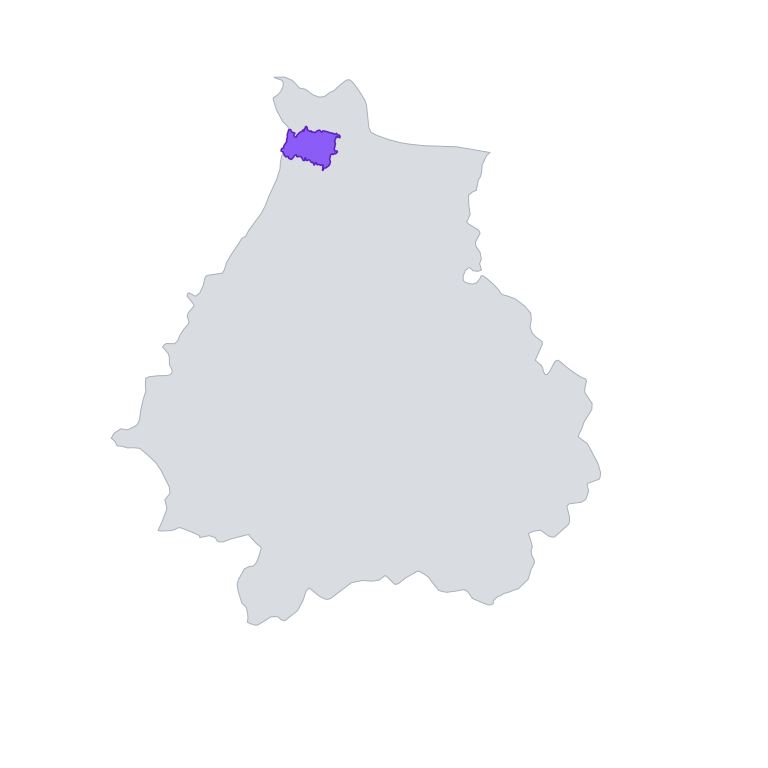 location of Kobryn, Brest, Belarus, rotated 111°
{"feature_id": "67162791B1192676397695", "entity_name": "Kobryn", "entity_type": "district", "adm_level": 2, "iso_a3": "BLR", "parent_name": "Belarus", "parent_adm1": "Brest", "projection": "mercator", "projection_center": [24.483, 52.154], "detail": "fine", "context": "in_parent", "style": "filled", "palette": "violet", "viewbox_px": 768, "rotation_deg": 111, "n_neighbors": 0, "source": "geoboundaries", "source_scale": "gbopen_adm2", "svg_char_len": 9437}
<svg xmlns="http://www.w3.org/2000/svg" viewBox="0 0 768 768"><g transform="rotate(111 384 384)"><path d="M601.7,542.4L590.9,541.8L577.9,542.0L570.6,547.1L562.7,544.6L557.1,547.5L544.3,561.5L539.2,568.9L534.5,580.5L531.6,589.0L533.2,594.9L535.5,600.4L536.1,606.4L537.3,611.0L534.1,614.4L532.3,619.2L526.8,618.4L520.2,613.7L518.8,607.0L513.7,602.3L510.4,599.8L504.9,599.4L496.0,601.6L484.5,603.3L475.8,603.8L471.0,606.2L464.0,608.5L461.3,605.7L457.4,598.1L454.2,590.4L452.0,587.0L450.1,586.1L447.7,586.3L445.0,588.7L443.0,591.2L435.7,594.1L432.5,596.8L428.9,603.9L426.6,603.4L424.2,601.8L421.4,593.9L417.6,592.1L411.5,592.0L403.9,590.3L397.7,587.9L395.5,588.5L391.8,591.8L387.9,592.3L379.2,589.3L377.5,590.7L372.5,599.4L370.2,599.8L368.8,598.7L369.6,591.2L364.6,588.5L356.1,588.1L350.1,589.2L347.2,588.9L345.7,587.4L338.4,574.7L334.5,573.9L327.6,574.5L317.4,572.9L305.6,570.1L299.1,569.0L295.8,566.2L288.5,565.2L269.0,559.8L261.1,558.8L249.4,558.7L231.5,557.5L220.1,558.2L214.8,560.0L208.7,561.1L187.6,562.6L180.0,564.0L177.8,566.7L175.3,572.6L166.6,582.7L158.1,589.4L156.6,590.0L151.6,586.4L147.5,585.2L142.6,584.8L139.2,586.0L137.0,587.7L137.3,595.5L136.9,596.2L133.1,586.9L133.4,578.5L135.5,573.7L138.0,569.4L137.0,562.9L139.5,554.3L139.5,548.0L138.5,545.3L136.4,542.2L130.9,538.8L128.5,536.1L121.0,532.4L113.6,527.9L112.3,525.2L112.7,523.3L114.0,520.4L119.6,511.9L125.8,503.7L129.7,500.4L150.5,489.8L153.7,486.1L154.5,479.9L154.2,467.2L152.9,455.6L151.3,447.5L147.3,432.4L136.5,401.0L130.0,368.2L134.2,370.1L144.2,370.9L152.1,368.6L156.2,368.3L159.8,369.0L170.2,367.2L172.8,370.1L177.5,372.7L186.6,369.0L194.7,364.3L203.1,364.8L204.3,362.5L206.4,350.8L208.9,348.3L219.0,349.5L222.7,347.3L226.6,341.5L232.5,337.9L237.4,337.9L242.6,333.9L245.1,336.6L246.4,341.5L244.7,345.3L245.4,346.9L249.0,348.8L255.1,348.7L259.0,347.1L259.9,344.9L259.9,340.9L259.0,337.1L256.4,333.9L251.5,332.2L248.1,332.1L247.5,330.1L248.7,325.7L251.7,317.5L255.4,310.1L257.6,307.3L258.0,304.7L257.6,300.2L257.5,292.2L260.8,280.8L265.3,272.3L271.3,269.5L278.6,268.0L283.3,263.9L285.6,259.2L287.6,251.9L289.9,250.4L307.6,251.3L310.3,243.9L311.8,241.8L315.2,239.7L317.5,237.0L316.6,235.0L312.1,233.7L301.5,232.5L299.4,230.1L300.1,227.1L302.9,219.5L305.6,209.6L307.0,201.9L307.1,197.4L308.6,196.1L317.3,194.7L320.2,193.2L327.6,182.7L333.3,180.9L347.9,183.6L354.6,183.4L363.1,184.1L363.9,183.0L366.9,172.6L381.4,155.9L389.1,150.0L394.0,148.8L395.7,149.0L403.5,157.9L405.3,158.3L410.5,154.6L419.4,154.3L423.6,157.3L429.5,168.2L432.6,169.5L441.3,163.4L446.1,161.4L449.2,161.5L465.6,169.9L466.8,172.6L466.9,175.7L464.4,185.5L467.8,191.6L471.7,195.6L480.1,188.9L483.3,187.0L486.6,187.0L491.2,184.5L494.5,180.7L497.6,179.4L503.7,180.3L514.5,179.4L527.2,185.3L528.3,187.1L534.7,194.1L536.9,197.5L539.0,198.6L542.3,202.0L546.9,204.1L550.0,203.4L551.5,204.6L552.9,207.2L553.0,211.7L552.5,224.6L548.0,231.3L547.4,233.6L547.6,236.5L551.2,242.0L555.9,250.6L556.9,255.5L556.9,259.2L550.6,270.1L548.5,272.7L547.1,278.0L546.3,283.5L546.7,285.7L557.3,294.3L565.1,299.0L566.9,301.3L567.0,302.7L562.9,311.9L562.5,314.4L568.7,318.2L572.2,324.2L575.3,334.0L581.2,343.3L603.3,356.9L605.3,359.4L605.9,362.3L605.2,368.7L601.2,380.7L605.0,382.5L614.7,382.0L626.6,383.5L640.8,392.0L640.9,395.8L639.4,399.3L640.4,403.0L641.9,406.1L654.3,415.5L655.4,418.3L655.7,422.9L655.3,426.2L651.9,426.9L648.1,428.5L641.9,432.5L639.5,438.2L629.5,446.0L623.3,449.5L618.3,449.7L606.6,448.1L602.5,444.2L600.8,440.7L596.3,439.1L590.3,439.0L582.0,439.6L580.3,440.6L579.0,445.0L575.5,452.4L573.0,456.6L583.4,471.2L588.7,477.2L590.4,480.9L590.3,483.5L587.8,486.6L588.2,492.8L593.3,500.9L591.6,502.2L591.1,512.2L591.1,522.8L592.5,525.3L595.2,527.4L597.6,531.3L601.4,540.1L601.7,542.4Z" fill="#d9dde1" stroke="#a8b0b8" stroke-width="1"/><path d="M199.0,513.4L198.7,513.5L198.0,513.4L197.4,513.4L196.8,513.5L196.3,513.6L195.7,513.7L195.2,514.0L194.7,514.4L194.4,514.7L194.2,515.0L193.7,515.3L193.0,515.4L192.6,515.5L191.9,515.7L191.5,515.6L191.0,515.6L190.5,515.7L190.0,515.9L189.8,516.0L189.2,516.0L188.9,515.7L188.5,515.4L188.0,515.2L187.9,515.0L187.8,514.8L187.9,514.6L188.0,514.4L188.0,514.2L188.0,513.8L187.8,513.4L187.3,513.1L186.9,512.8L186.6,512.7L186.5,512.4L186.5,512.1L186.4,511.7L186.2,511.5L185.9,511.5L185.6,511.4L185.2,511.2L184.9,511.0L184.6,510.8L184.3,510.7L184.0,510.7L183.7,510.8L183.5,511.0L183.3,511.5L183.4,512.0L183.5,512.4L183.7,512.7L183.9,513.0L184.0,513.4L183.7,513.8L183.5,514.0L183.0,514.2L182.8,514.3L182.4,514.4L182.2,514.7L182.0,514.8L181.8,514.9L181.2,515.1L180.7,515.0L180.1,514.8L179.9,514.8L179.7,514.9L179.5,515.0L179.3,515.2L179.1,515.3L178.8,515.3L178.6,515.4L178.4,515.3L178.0,515.3L177.7,515.3L177.2,515.4L177.1,515.5L176.9,515.6L176.8,515.9L176.6,516.1L176.4,516.3L176.1,516.4L175.5,516.4L175.3,516.5L175.2,516.7L175.1,517.1L174.9,517.3L174.4,517.4L173.8,517.3L173.1,517.1L172.5,517.0L172.0,517.0L171.5,517.0L171.3,517.2L171.0,517.3L170.6,517.3L170.3,517.2L170.1,517.0L170.0,516.7L169.9,516.5L169.9,516.2L170.1,516.0L170.2,515.8L170.3,515.5L170.1,515.3L169.8,515.0L169.7,514.8L169.7,514.5L169.9,514.2L170.0,514.0L170.0,513.6L169.7,513.5L169.3,513.6L169.0,513.7L168.8,513.8L168.5,513.8L168.3,513.9L168.2,514.3L168.0,514.5L167.8,514.9L167.6,515.1L167.6,515.5L168.0,515.8L168.2,516.3L168.2,516.7L167.9,517.1L167.5,517.5L167.2,517.7L167.0,518.0L167.3,518.4L167.7,518.8L167.9,519.0L168.2,519.2L168.5,519.4L168.7,519.8L168.6,520.4L168.4,520.7L168.2,520.9L168.2,521.2L168.2,521.5L168.5,521.7L168.5,521.9L168.5,522.5L168.5,523.0L168.6,523.5L168.8,524.0L168.8,524.4L168.8,524.9L168.8,526.1L168.9,527.5L169.1,529.9L169.3,530.7L169.4,531.1L169.4,531.4L169.5,531.8L169.9,531.9L170.2,531.9L170.6,531.9L170.9,532.1L171.1,532.3L171.2,532.7L171.1,533.0L171.1,533.4L171.0,533.7L170.8,533.8L170.6,534.0L170.3,534.5L170.1,535.1L170.2,535.5L170.6,535.8L170.9,536.3L171.1,536.6L171.4,536.9L172.0,537.4L172.3,537.7L172.6,537.9L173.2,537.9L173.6,538.0L173.8,538.1L174.0,538.4L174.1,538.8L174.2,539.1L174.2,539.6L174.1,539.9L174.0,540.4L174.1,540.8L174.4,541.1L174.6,541.2L174.8,541.4L174.8,541.7L174.6,542.0L174.4,542.2L174.1,542.4L173.9,542.6L173.9,542.9L174.2,543.2L174.6,543.6L174.8,543.8L174.8,544.2L174.7,544.4L174.5,544.7L174.4,544.9L174.3,545.2L174.3,545.5L174.2,546.0L174.1,546.4L173.7,547.0L173.4,547.1L173.0,547.2L172.7,547.2L172.4,547.3L172.2,547.7L172.1,547.9L172.0,548.2L171.7,548.3L171.6,548.6L171.4,548.8L171.6,549.2L172.1,549.5L172.4,549.6L172.7,549.5L172.8,549.4L173.1,549.2L173.4,549.1L173.7,549.3L174.0,549.5L174.7,549.8L175.0,549.7L175.3,549.5L175.5,549.3L175.8,549.2L176.0,549.2L176.4,549.4L176.6,549.6L176.8,549.9L176.8,550.2L176.6,550.3L176.3,550.5L175.9,550.6L176.2,550.9L176.8,551.0L177.2,551.0L177.6,551.2L177.9,551.4L178.5,552.1L179.2,552.7L179.8,553.1L180.5,553.4L180.9,553.4L181.2,553.5L181.4,553.6L181.7,553.9L182.1,554.1L182.7,554.3L183.4,554.4L184.2,554.4L184.6,554.5L184.9,554.5L185.2,554.9L185.3,555.4L185.2,555.8L185.0,556.3L184.7,556.6L184.5,556.8L184.2,557.2L183.8,557.4L183.3,557.5L182.9,557.3L182.4,557.0L182.1,557.0L181.9,557.1L181.7,557.3L181.7,557.7L181.7,559.1L181.8,559.9L181.8,560.4L181.7,560.7L181.6,560.9L181.3,561.2L180.8,561.5L180.3,561.9L180.0,562.3L180.0,562.7L180.2,563.2L180.5,563.6L180.8,563.9L181.0,564.1L181.5,564.0L182.9,563.9L184.4,563.8L185.8,563.8L187.0,563.2L187.9,562.8L188.7,562.6L190.4,562.5L191.2,562.4L191.8,562.1L192.3,561.7L193.6,561.9L195.0,562.3L195.9,562.6L197.7,562.8L198.7,562.6L199.5,562.4L200.2,563.0L200.7,563.7L201.8,564.0L203.1,563.7L203.5,563.4L203.4,562.8L203.4,562.2L203.5,561.6L203.8,561.1L204.0,560.9L204.6,560.4L204.8,559.9L205.1,559.7L205.6,559.5L206.1,559.3L206.3,559.0L206.5,558.5L206.5,558.0L206.8,557.6L207.1,557.2L207.0,556.7L206.6,556.2L206.2,555.8L206.0,555.3L206.1,554.9L206.6,554.5L206.8,554.4L207.3,554.1L207.5,553.6L207.5,552.4L207.6,551.7L207.7,551.4L207.4,551.0L206.8,550.6L205.9,550.2L204.8,549.9L203.9,549.6L203.0,549.4L202.3,549.0L201.7,548.5L201.5,548.2L201.6,547.7L202.0,547.3L202.6,547.1L202.9,546.9L203.0,546.5L202.9,546.1L202.7,545.8L202.4,545.5L202.2,545.2L202.0,544.9L201.9,544.3L201.7,543.9L201.7,543.1L202.0,542.4L202.5,541.5L203.2,540.8L203.8,540.2L204.1,539.7L204.2,539.4L204.1,539.0L204.1,538.6L203.8,538.3L203.4,538.2L202.8,538.2L202.3,538.5L202.0,538.7L201.4,538.8L201.1,538.5L201.2,538.1L201.6,537.9L201.9,537.7L202.3,537.2L202.8,536.8L203.1,536.2L203.0,535.8L202.7,535.5L202.3,535.2L202.0,534.9L201.6,534.6L201.5,534.2L201.5,533.8L201.8,533.4L202.1,533.0L202.3,532.6L202.7,532.0L203.0,531.6L203.1,531.3L203.1,530.9L202.9,530.6L202.7,530.4L202.5,530.1L202.8,529.8L203.0,529.6L203.4,529.1L203.6,528.7L203.8,528.4L204.2,528.2L204.5,528.0L204.6,527.7L204.4,527.4L204.0,527.4L203.7,527.3L203.1,527.4L202.6,527.4L201.9,527.3L201.7,527.1L201.8,526.7L202.0,526.4L202.3,526.1L202.8,525.6L203.1,525.3L203.2,525.0L203.3,524.8L203.1,524.6L202.8,524.3L202.6,524.0L202.3,523.7L202.3,523.3L202.3,522.6L202.4,522.3L202.6,522.0L202.6,521.6L202.5,521.3L202.2,521.0L202.0,520.7L201.7,520.3L201.5,520.1L201.4,519.9L201.4,519.7L201.6,519.4L202.0,519.3L202.6,519.1L203.4,519.0L203.8,518.8L204.4,518.6L204.7,518.4L205.1,518.4L205.4,518.2L205.8,518.1L206.2,518.0L206.4,518.1L206.5,517.9L206.4,517.6L206.0,517.4L205.6,517.4L204.9,517.4L204.4,517.4L204.0,517.2L203.7,517.0L203.5,516.5L203.4,516.2L203.1,515.8L202.7,515.4L202.4,515.2L201.9,515.0L201.4,514.7L200.8,514.2L200.5,514.0L200.1,514.0L199.7,513.8L199.3,513.7L199.1,513.5L199.0,513.4Z" fill="#8b5cf6" stroke="#5b21b6" stroke-width="1.5"/></g></svg>